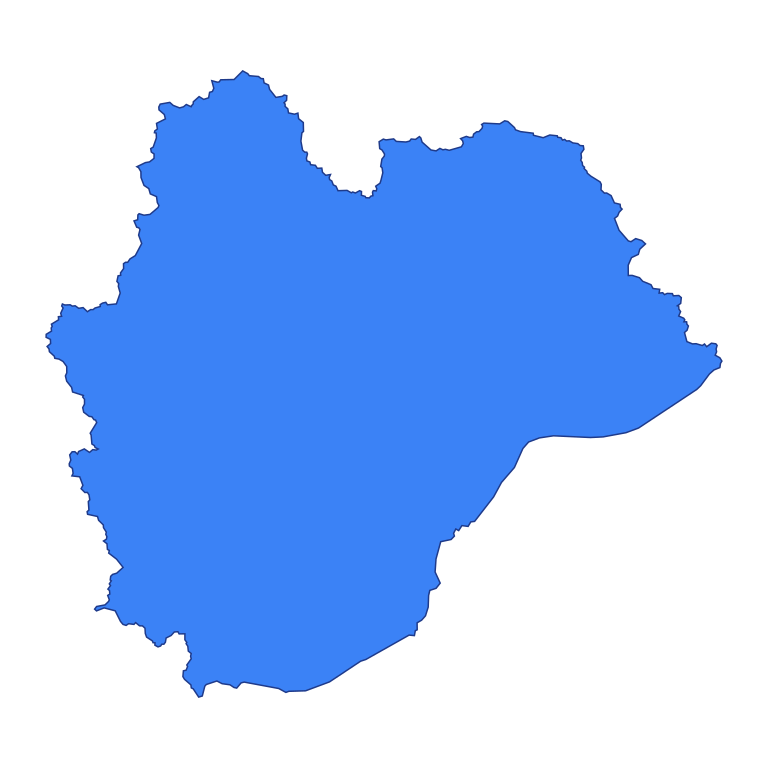 the district of Nhot Ou, Phôngsali, Laos
{"feature_id": "54806243B80696563132814", "entity_name": "Nhot Ou", "entity_type": "district", "adm_level": 2, "iso_a3": "LAO", "parent_name": "Laos", "parent_adm1": "Phôngsali", "projection": "mercator", "projection_center": [101.816, 22.196], "detail": "fine", "context": "isolated", "style": "filled", "palette": "blue", "viewbox_px": 768, "rotation_deg": 0, "n_neighbors": 0, "source": "geoboundaries", "source_scale": "gbopen_adm2", "svg_char_len": 6022}
<svg xmlns="http://www.w3.org/2000/svg" viewBox="0 0 768 768"><path d="M414.4,635.6L415.3,630.7L417.2,629.8L417.1,622.8L421.6,620.2L425.5,615.8L428.2,607.1L428.6,595.5L429.8,590.4L436.1,588.3L440.2,583.1L435.1,572.0L436.0,559.0L440.7,541.7L451.1,539.5L454.4,536.1L453.6,533.3L455.8,529.0L458.7,530.6L461.9,525.6L468.1,526.4L470.8,521.9L474.6,521.4L493.6,496.9L501.5,482.4L514.4,467.5L522.9,448.5L528.6,442.0L539.4,437.9L553.5,435.8L590.4,437.5L603.1,436.9L626.0,432.7L638.6,428.0L696.8,389.4L700.7,385.7L709.4,374.0L713.9,370.0L719.9,367.5L720.5,363.3L721.9,361.1L719.9,357.8L715.2,355.2L716.6,351.8L716.1,349.0L717.1,345.4L715.8,343.8L711.4,343.2L706.7,346.7L704.5,344.0L702.3,345.5L696.1,343.7L692.5,343.9L686.9,341.6L684.5,332.5L687.1,330.2L688.4,326.0L686.9,324.2L686.6,321.8L683.9,321.8L684.8,319.8L683.7,318.2L678.7,316.0L680.6,311.6L678.9,309.1L678.7,306.2L677.4,305.8L680.7,303.4L681.3,297.6L678.8,295.5L673.3,295.8L672.4,293.6L667.2,293.4L664.5,294.6L662.7,292.7L659.1,293.1L659.7,289.3L653.0,288.5L651.0,284.7L642.7,281.3L639.5,277.7L632.2,275.4L628.3,275.5L628.2,265.2L631.5,257.6L638.3,254.4L639.8,249.2L645.5,243.9L641.8,240.5L635.7,238.6L631.0,241.7L628.3,240.9L619.1,230.3L614.5,218.4L617.6,216.0L619.1,212.3L622.1,209.1L620.5,207.5L620.1,204.3L614.4,202.9L611.1,195.6L606.7,193.0L604.4,193.1L601.0,189.8L601.3,184.4L600.1,181.9L590.9,176.2L587.3,173.2L586.8,171.2L584.1,168.5L584.5,167.2L582.6,165.5L582.2,162.4L580.7,160.2L581.5,158.0L581.0,153.5L583.9,149.3L583.3,145.8L580.0,145.5L577.8,143.6L572.8,142.9L569.3,140.8L566.5,141.0L564.7,139.4L562.5,140.1L561.0,137.7L557.7,137.3L557.3,135.8L549.8,135.0L543.2,137.7L533.5,135.3L533.2,133.2L520.5,131.6L515.5,129.8L514.5,127.6L507.8,121.5L504.7,120.8L499.7,123.9L483.9,123.1L481.6,124.5L482.6,126.0L482.1,128.3L479.0,131.6L476.6,131.8L473.6,134.1L472.9,137.1L469.7,137.5L466.3,136.4L460.6,138.6L462.6,140.8L463.3,143.5L461.4,146.8L449.2,150.3L445.4,149.3L442.9,149.8L439.9,148.4L436.1,150.9L431.0,150.0L422.1,142.1L420.8,137.9L419.4,136.6L415.5,139.4L411.2,139.0L409.6,141.1L405.9,142.0L396.3,141.4L393.7,138.9L386.0,139.9L383.3,139.1L379.1,141.7L379.7,148.6L382.0,150.0L384.5,154.0L384.3,156.1L381.9,159.1L380.7,166.5L382.1,167.9L382.8,172.8L380.9,180.5L380.0,183.2L375.7,186.2L376.8,188.8L376.2,190.9L373.3,190.6L372.5,192.2L372.9,195.7L370.9,196.1L369.3,197.9L365.8,197.7L365.2,196.4L361.4,195.3L361.5,191.5L359.6,190.7L355.4,193.0L352.7,192.0L351.3,192.8L347.1,190.4L338.0,190.7L336.0,186.2L333.3,184.9L331.8,181.0L329.6,179.6L329.2,177.5L330.5,174.5L325.7,175.3L322.5,172.3L321.8,168.1L317.3,168.3L315.4,165.3L310.6,164.7L309.9,162.0L306.9,160.9L306.4,158.2L307.5,153.9L306.8,152.2L304.7,152.1L302.6,150.2L300.9,141.1L301.9,132.9L303.5,131.4L303.3,122.5L298.6,118.7L297.9,113.1L294.5,114.2L288.5,112.9L287.8,108.8L285.1,106.4L285.1,104.1L284.0,102.8L286.6,100.3L286.8,95.7L284.1,95.0L282.4,96.3L275.9,97.4L269.6,89.4L268.5,85.0L264.1,82.9L263.3,78.7L261.0,78.5L258.5,76.5L249.3,75.7L247.9,73.8L242.7,70.9L234.1,79.5L220.7,79.8L219.2,81.9L217.5,82.2L211.8,80.7L213.8,88.3L212.4,91.5L209.6,92.3L208.6,97.8L203.7,99.4L199.1,96.6L193.3,101.8L193.2,103.9L191.1,106.2L191.7,107.0L186.3,104.5L183.5,106.8L179.6,107.9L173.2,105.4L169.8,102.4L160.2,104.1L158.8,107.0L159.0,109.9L164.3,114.5L165.4,118.9L156.5,123.4L157.4,129.0L154.8,130.9L154.4,132.7L156.2,133.1L156.4,137.9L153.2,147.1L150.7,148.6L151.3,152.0L154.1,154.0L154.0,158.4L149.5,161.9L145.4,162.6L136.9,166.7L138.6,167.7L140.9,171.7L141.0,177.5L144.0,185.4L148.8,188.6L150.3,193.9L156.5,196.6L157.3,202.5L158.9,205.5L158.1,207.5L150.0,214.4L144.0,215.2L139.1,213.7L137.9,214.9L137.7,219.7L134.0,220.9L136.7,227.2L138.8,227.8L140.0,229.5L138.6,235.1L141.7,243.5L135.3,255.6L130.0,258.9L127.7,262.3L125.5,262.3L123.5,263.7L123.6,268.6L120.5,272.9L120.7,275.3L118.1,275.8L116.9,281.4L118.7,283.6L118.3,286.4L120.2,293.0L116.4,303.9L107.5,304.8L105.8,302.3L102.5,303.1L100.1,304.6L100.3,306.5L95.0,308.0L93.1,309.6L90.6,309.6L87.4,311.7L83.1,307.6L78.7,308.3L75.2,305.8L72.3,306.1L70.2,304.8L64.8,305.0L62.4,304.0L61.7,306.0L63.1,308.0L60.7,313.3L61.6,316.3L58.4,316.7L58.6,319.8L51.4,324.2L52.2,326.4L51.2,328.0L51.5,331.1L46.2,334.3L46.1,337.3L50.4,339.4L50.6,343.5L47.1,346.5L49.0,348.9L49.4,351.7L54.3,356.2L54.8,358.3L59.0,359.1L63.1,361.5L66.7,366.5L66.8,372.8L65.4,375.9L66.7,381.2L71.6,387.4L72.6,392.0L83.4,395.5L82.7,397.0L84.5,399.3L84.5,404.1L82.7,407.6L83.7,412.2L89.2,416.4L91.8,416.7L94.0,419.7L95.6,420.1L96.7,422.6L90.2,433.2L91.1,435.0L91.9,444.0L94.4,445.6L95.1,447.5L98.2,449.0L96.2,450.1L92.8,449.6L89.5,452.4L84.3,448.9L78.6,451.5L77.5,454.1L74.9,451.7L72.1,451.8L69.7,454.9L70.8,460.1L69.2,463.8L69.4,466.0L72.4,468.4L73.1,473.4L71.9,475.9L79.7,476.8L82.9,485.3L81.1,488.7L84.9,492.5L87.4,492.4L89.0,494.8L89.8,499.8L88.3,501.6L88.9,510.0L87.1,511.7L87.6,514.3L97.5,516.5L98.6,520.3L103.3,524.9L103.5,527.7L106.3,532.1L105.8,534.3L106.9,536.7L106.4,539.2L103.5,541.0L107.0,543.8L107.4,549.4L109.3,550.5L108.7,553.1L116.5,559.1L123.1,567.4L116.7,573.2L112.6,574.4L110.7,576.3L110.2,580.0L111.3,580.8L109.3,583.9L110.5,585.6L107.9,589.1L109.5,590.6L109.8,594.1L107.7,595.4L109.3,599.8L108.6,601.4L105.0,604.9L96.6,606.5L94.6,609.1L96.5,610.9L104.1,607.9L115.2,610.8L120.5,621.4L123.0,624.4L126.1,625.4L128.6,623.7L134.0,624.4L135.6,622.6L139.5,625.8L142.5,625.9L145.0,628.2L145.3,633.5L146.6,637.1L152.5,641.0L153.0,642.7L155.0,642.8L154.9,645.2L158.0,646.9L160.6,646.0L161.8,644.2L163.9,644.2L165.4,642.2L166.1,638.0L171.1,635.5L174.3,632.0L177.9,631.7L179.1,633.9L184.9,633.8L184.9,639.8L186.8,642.4L186.1,643.7L187.8,646.2L188.3,651.1L191.2,653.5L190.6,656.2L191.2,658.8L186.8,665.0L187.6,666.5L186.1,670.2L183.4,670.8L182.9,676.6L184.5,679.3L190.9,684.9L191.3,687.9L193.2,688.8L198.7,697.1L202.3,696.0L204.8,686.2L206.3,684.5L216.9,681.0L222.1,683.7L230.0,684.8L234.0,687.5L236.7,688.1L241.1,682.9L244.2,682.1L278.7,688.5L285.9,692.4L288.9,691.3L305.6,690.8L329.5,681.9L360.6,661.2L365.8,659.5L409.1,635.1L414.4,635.6Z" fill="#3b82f6" stroke="#1e3a8a" stroke-width="1.5"/></svg>